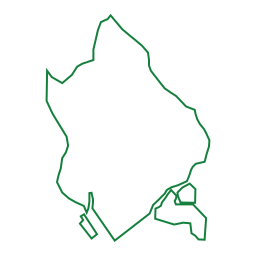 Gwangyang-si, South Jeolla, South Korea
{"feature_id": "91817680B99071511370380", "entity_name": "Gwangyang-si", "entity_type": "district", "adm_level": 2, "iso_a3": "KOR", "parent_name": "South Korea", "parent_adm1": "South Jeolla", "projection": "mercator", "projection_center": [127.68, 35.032], "detail": "fine", "context": "isolated", "style": "outline", "palette": "green", "viewbox_px": 256, "rotation_deg": 0, "n_neighbors": 0, "source": "geoboundaries", "source_scale": "gbopen_adm2", "svg_char_len": 1410}
<svg xmlns="http://www.w3.org/2000/svg" viewBox="0 0 256 256"><path d="M47.1,70.7L46.6,100.9L52.5,113.6L57.0,121.0L66.6,136.7L68.1,145.6L65.9,152.3L62.2,158.2L60.7,168.7L58.5,175.4L57.0,182.1L62.2,192.5L68.9,198.4L75.6,202.2L83.8,205.9L86.7,212.6L88.4,208.3L89.4,201.6L89.4,193.1L91.5,192.8L93.0,199.5L93.0,202.2L92.4,208.3L114.7,240.6L149.7,213.5L153.1,205.0L158.6,199.8L161.6,196.7L164.7,193.7L166.8,190.0L171.4,187.3L178.1,185.2L186.9,181.2L189.0,176.3L191.2,169.6L192.7,166.9L195.7,163.8L204.5,161.8L205.2,159.8L206.6,154.1L209.0,146.5L209.4,140.3L206.6,134.1L204.2,129.3L199.9,124.1L197.1,118.9L195.6,114.1L194.7,109.8L186.1,106.5L176.1,96.0L170.9,92.7L164.7,88.4L159.4,81.7L150.9,70.8L149.0,65.5L149.0,59.8L148.0,52.7L142.3,46.0L135.6,40.3L130.9,36.5L122.3,29.3L110.6,15.4L107.6,19.1L100.9,22.1L97.9,30.2L93.4,49.6L93.4,60.0L82.3,63.7L77.1,66.7L71.9,74.9L62.2,83.1L51.8,77.1L47.1,70.7ZM174.7,201.0L175.9,198.9L176.5,195.8L171.1,190.0L167.7,194.3L165.6,197.7L164.4,199.2L161.9,202.5L161.0,205.6L158.9,207.1L155.5,208.6L155.2,218.7L174.1,224.5L183.2,222.7L190.3,223.3L191.5,233.3L195.4,235.8L198.5,239.4L204.6,239.7L206.1,218.1L193.0,204.4L179.9,204.4L175.9,204.4L174.7,201.0ZM195.4,189.1L189.7,183.6L182.3,187.6L177.5,192.5L177.8,195.8L180.5,202.5L195.1,202.8L195.4,189.1ZM91.6,238.5L97.0,234.2L84.0,214.3L80.8,216.3L83.2,220.1L79.9,223.6L91.6,238.5Z" fill="none" stroke="#15803d" stroke-width="2"/></svg>